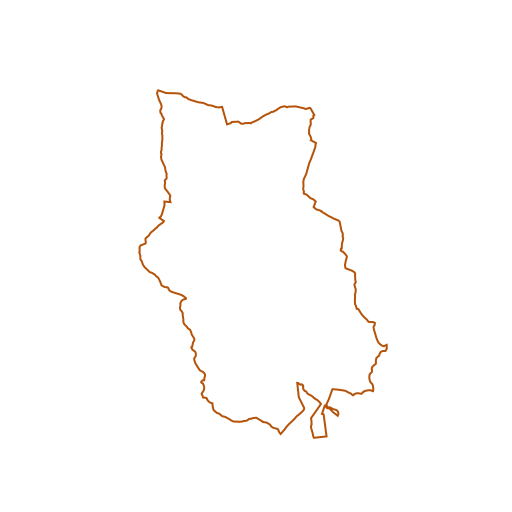 the district of Pardosi, Buzau, Romania, rotated 211°
{"feature_id": "2599482B33669968833110", "entity_name": "Pardosi", "entity_type": "district", "adm_level": 2, "iso_a3": "ROU", "parent_name": "Romania", "parent_adm1": "Buzau", "projection": "robinson", "projection_center": [26.866, 45.449], "detail": "fine", "context": "isolated", "style": "outline", "palette": "amber", "viewbox_px": 512, "rotation_deg": 211, "n_neighbors": 0, "source": "geoboundaries", "source_scale": "gbopen_adm2", "svg_char_len": 6115}
<svg xmlns="http://www.w3.org/2000/svg" viewBox="0 0 512 512"><g transform="rotate(211 256 256)"><path d="M425.9,347.5L425.5,347.4L425.2,346.8L424.6,344.4L419.5,339.9L415.5,337.2L414.1,335.9L413.4,334.4L413.0,332.9L413.2,332.3L413.0,331.4L411.9,329.9L411.4,329.4L410.4,329.3L409.3,328.2L408.0,327.4L405.5,326.1L405.3,325.7L405.2,323.3L404.5,321.8L404.4,320.8L403.4,319.0L403.0,317.4L400.4,314.4L400.1,313.2L399.6,312.4L398.8,311.7L396.5,308.1L394.5,303.7L393.7,302.7L392.8,300.4L391.6,298.5L391.2,296.6L390.8,295.7L390.3,295.1L389.4,294.6L388.6,292.2L386.7,289.9L379.7,285.2L377.4,282.4L374.8,280.3L374.3,279.0L372.6,276.6L372.6,275.9L373.1,274.5L373.1,273.8L371.3,271.3L370.6,269.3L369.0,267.2L367.4,266.4L365.9,266.0L360.8,263.8L360.3,263.2L359.9,261.7L358.9,259.8L357.1,258.1L362.6,255.5L360.5,252.3L358.1,243.1L357.9,240.7L358.4,239.7L358.5,238.9L352.9,238.5L353.0,236.9L355.1,232.2L355.9,228.4L356.4,227.6L356.9,225.5L358.3,221.7L358.4,218.4L358.6,217.3L359.6,214.9L359.7,214.2L359.5,213.7L359.0,212.9L357.8,211.3L357.2,210.4L357.2,209.9L357.4,209.4L360.3,205.8L360.4,204.4L360.2,203.3L357.8,199.5L357.9,199.0L355.2,196.6L353.5,193.7L351.4,192.8L348.4,190.3L345.8,189.1L339.4,187.6L338.5,187.5L336.4,188.0L332.8,187.9L331.3,187.3L328.6,187.0L325.1,184.8L321.9,182.2L318.7,182.3L317.6,182.6L315.7,183.6L314.8,183.4L314.2,183.1L313.9,182.6L312.9,182.1L312.1,181.8L310.0,181.8L300.4,184.1L297.8,184.3L294.3,183.8L294.1,183.6L294.1,182.9L295.7,181.4L296.2,180.7L296.7,179.2L296.7,178.3L296.4,176.2L295.5,175.1L294.5,172.5L293.7,171.3L292.7,170.7L291.5,170.5L289.4,169.3L288.7,168.0L285.5,164.1L284.6,162.5L283.5,161.3L282.2,160.6L278.5,159.6L277.4,159.0L274.5,158.8L272.2,157.2L271.5,156.3L270.6,155.6L266.4,153.4L265.7,152.5L265.4,150.6L265.4,149.5L264.0,145.4L264.4,144.9L264.4,144.5L264.2,144.1L262.5,143.1L261.5,142.9L259.1,142.7L257.8,141.9L257.1,141.1L256.3,139.7L256.1,138.0L256.3,136.5L256.1,136.1L255.4,135.1L252.5,132.7L245.4,129.1L241.1,129.3L239.2,128.5L238.5,127.9L237.9,126.8L237.4,124.8L236.4,122.8L237.5,122.2L237.8,121.6L238.2,120.1L237.9,119.5L237.3,119.3L235.9,119.4L233.4,117.6L232.0,115.4L231.6,114.0L231.7,110.4L231.6,109.8L229.7,108.6L228.7,107.6L228.2,107.4L227.6,107.9L225.6,108.8L224.6,108.5L224.3,107.9L221.6,106.9L219.6,106.8L217.3,107.2L216.9,106.3L215.9,105.1L214.2,103.2L212.8,102.1L209.9,101.5L208.6,101.4L206.3,101.9L202.4,101.3L199.6,102.2L195.4,102.4L191.1,102.3L188.6,103.2L187.2,104.2L185.9,104.7L183.0,106.6L181.5,108.2L179.1,110.1L177.9,112.9L176.7,113.6L175.1,115.5L172.5,117.5L165.3,117.5L165.0,117.2L164.7,117.2L161.1,118.7L157.2,118.7L154.9,117.7L153.7,117.6L152.5,117.7L149.4,118.6L147.9,118.8L147.2,118.5L146.7,117.8L145.8,117.2L144.5,116.5L143.2,116.1L142.2,121.8L141.9,124.9L141.3,128.3L139.2,135.8L138.6,139.5L137.2,143.1L135.9,147.9L135.9,149.4L136.1,150.0L136.8,150.8L146.6,157.0L155.3,168.5L154.4,168.9L153.7,168.6L151.5,168.6L151.1,169.3L150.6,169.5L149.7,169.5L148.8,169.2L148.6,168.8L148.6,168.3L147.9,167.8L147.5,166.8L146.3,166.0L144.8,165.4L143.8,165.7L142.8,165.5L140.8,164.5L136.3,164.8L134.6,164.6L133.6,164.2L132.4,164.3L131.4,163.9L129.7,164.2L126.3,163.5L124.1,162.6L125.3,145.3L123.4,143.0L121.6,140.3L121.3,138.8L120.6,137.4L116.5,133.6L113.9,130.8L112.7,130.0L102.6,137.7L116.5,155.1L118.1,154.6L120.0,163.2L119.6,163.4L118.6,163.2L117.9,162.6L117.2,162.3L116.3,162.3L114.9,163.0L113.8,163.0L110.0,161.9L103.7,161.1L104.0,163.0L105.3,164.6L107.0,165.3L108.1,165.3L111.3,164.4L113.0,164.5L114.5,164.3L115.3,164.1L115.8,163.7L116.5,163.4L117.5,163.5L118.7,164.7L119.2,164.9L119.8,170.7L121.9,181.2L118.1,183.1L112.8,185.4L109.8,186.5L106.5,186.6L103.4,187.0L101.8,186.5L101.0,186.6L100.6,187.5L100.5,188.4L99.1,190.1L97.5,191.1L94.7,192.1L94.2,194.4L93.8,194.6L93.7,195.7L91.7,197.8L89.5,199.5L88.0,200.1L86.2,200.2L86.1,200.4L86.3,201.1L87.2,202.8L88.5,204.5L90.1,206.0L92.8,206.8L94.4,207.9L95.9,209.6L96.9,211.3L97.6,213.0L97.5,213.8L97.0,216.0L97.1,216.7L97.3,217.2L98.9,219.2L99.2,220.8L98.6,223.2L97.8,224.9L97.9,225.7L99.4,228.1L100.3,230.8L99.2,233.9L99.7,236.5L99.7,238.0L99.3,238.7L98.3,239.9L96.1,241.3L96.2,243.9L96.3,244.2L98.2,247.1L100.0,244.5L101.7,244.1L104.4,244.3L106.8,245.0L107.3,245.4L109.9,247.2L116.5,253.2L118.4,255.2L118.7,256.0L118.8,258.2L119.7,259.9L121.1,259.8L122.4,259.2L125.1,257.7L126.2,257.7L128.0,258.5L132.2,259.4L133.9,259.9L136.0,260.7L141.0,263.2L142.4,262.6L144.9,264.9L146.1,265.6L147.6,267.5L150.5,272.8L151.4,273.8L151.6,275.3L152.2,276.3L152.5,277.4L153.0,278.3L153.9,279.3L156.7,281.8L157.0,282.3L157.0,285.0L158.3,286.3L159.6,288.1L161.2,290.5L161.9,291.9L162.6,292.5L163.5,292.8L166.3,292.8L172.9,291.6L173.9,292.6L175.1,294.1L176.5,297.9L177.4,301.4L178.0,302.5L179.6,303.3L183.6,304.5L184.3,304.2L186.2,304.3L186.9,306.1L186.4,306.4L186.7,307.4L187.4,308.3L189.0,311.8L189.5,313.9L190.5,316.3L192.0,317.5L192.4,318.9L193.8,320.4L195.6,321.5L202.0,328.5L203.4,328.9L209.1,328.0L210.2,328.1L214.4,327.7L223.0,327.8L223.0,328.1L225.1,327.9L228.3,327.0L231.8,327.6L232.9,333.5L236.1,334.1L239.1,333.6L244.1,334.7L247.1,334.1L247.7,334.8L247.9,335.7L249.6,337.2L250.2,338.0L251.4,340.6L253.4,343.5L254.6,346.3L255.2,352.2L258.2,363.0L258.7,366.8L261.2,379.7L262.4,382.4L262.7,383.7L268.6,383.5L268.5,384.2L269.3,385.3L271.1,386.7L273.6,388.2L274.3,389.7L275.1,390.6L276.5,394.2L276.7,396.8L279.2,400.6L279.2,401.6L278.1,403.1L278.0,403.6L278.0,404.1L278.1,404.5L279.1,405.6L279.1,406.2L278.7,406.9L285.2,410.6L285.9,410.7L286.6,410.4L288.8,407.7L290.9,407.3L299.0,404.7L305.4,400.5L305.7,399.7L306.2,399.4L308.6,399.1L311.5,396.3L313.2,392.9L313.6,391.4L314.6,390.3L315.7,388.2L316.7,387.7L317.7,386.1L318.1,385.0L320.4,382.1L322.3,378.5L324.1,374.4L326.0,371.4L328.4,368.1L328.7,367.1L330.2,366.6L332.0,365.3L333.1,364.8L335.5,362.5L336.9,361.8L340.3,362.1L345.8,358.4L346.1,356.8L348.6,353.9L361.9,366.4L364.0,364.5L367.2,362.9L370.2,362.5L372.8,361.6L374.8,360.6L377.8,360.4L380.3,359.9L384.6,358.1L391.9,356.2L395.2,355.7L397.2,356.1L397.9,356.0L398.4,355.5L399.0,355.4L400.9,355.5L403.2,356.2L404.6,356.1L408.2,354.4L416.9,349.4L425.9,347.5Z" fill="none" stroke="#b45309" stroke-width="2"/></g></svg>